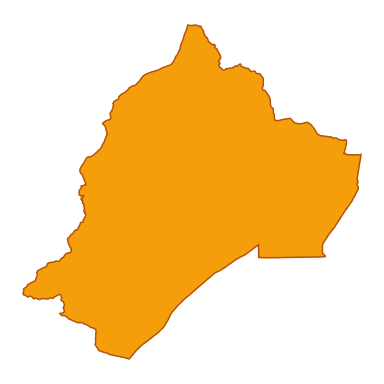 the district of Kilolo, Iringa, United Republic of Tanzania
{"feature_id": "72390352B38467377597679", "entity_name": "Kilolo", "entity_type": "district", "adm_level": 2, "iso_a3": "TZA", "parent_name": "United Republic of Tanzania", "parent_adm1": "Iringa", "projection": "mercator", "projection_center": [36.065, -7.785], "detail": "fine", "context": "isolated", "style": "filled", "palette": "amber", "viewbox_px": 384, "rotation_deg": 0, "n_neighbors": 0, "source": "geoboundaries", "source_scale": "gbopen_adm2", "svg_char_len": 5768}
<svg xmlns="http://www.w3.org/2000/svg" viewBox="0 0 384 384"><path d="M187.9,25.0L186.3,30.4L184.8,33.6L182.5,40.9L180.7,44.9L179.9,49.4L179.1,50.5L177.5,54.5L175.7,56.5L175.2,58.0L173.7,61.2L171.5,64.1L170.1,65.0L162.5,67.7L158.1,70.1L152.1,71.8L148.0,73.3L145.2,74.6L143.6,75.6L142.6,76.6L139.3,81.2L135.5,85.1L134.3,85.6L133.0,85.6L128.9,88.1L127.7,90.1L125.8,91.4L124.5,92.8L121.8,94.0L118.9,96.5L118.8,97.0L119.0,97.6L118.8,98.2L118.0,99.4L114.9,100.8L114.1,101.4L113.7,102.6L112.9,103.4L113.5,104.7L113.2,105.5L112.9,108.1L112.1,109.6L111.7,111.0L111.4,111.5L110.4,112.4L110.1,113.3L110.2,114.9L110.7,116.5L110.8,118.1L110.7,118.5L110.1,119.1L109.1,119.7L106.3,120.6L104.5,121.6L102.7,123.3L102.6,123.7L102.9,124.1L104.1,125.2L105.2,126.4L106.4,131.2L107.3,134.0L107.2,134.4L106.9,134.4L106.7,135.5L105.6,137.8L104.7,140.6L103.8,142.6L103.1,143.5L102.6,144.3L101.2,147.7L100.1,149.0L93.8,154.9L92.1,156.0L89.7,157.0L88.4,156.9L86.6,157.9L83.7,163.1L81.7,166.0L80.0,169.1L79.9,171.0L80.4,172.9L81.1,173.7L82.3,174.5L82.7,175.2L82.9,176.4L83.5,177.9L84.6,180.4L85.2,182.3L85.2,182.8L86.1,184.0L85.4,184.8L84.1,185.1L82.5,185.9L81.4,185.8L81.1,186.1L81.3,187.1L81.1,188.2L79.4,190.1L79.0,192.7L79.2,195.0L80.1,195.0L81.0,196.1L83.3,195.5L83.8,195.6L83.8,196.0L82.0,197.8L81.1,198.3L80.9,198.8L81.1,199.2L82.0,199.4L82.2,199.7L81.9,200.2L81.9,200.6L82.2,200.7L82.7,200.5L82.5,202.9L82.6,203.4L83.6,204.0L84.1,204.8L83.8,205.7L84.2,208.0L84.6,208.5L84.6,209.0L83.8,210.2L83.7,210.9L84.9,211.6L84.6,212.4L85.1,212.5L84.8,213.5L85.8,214.3L85.8,215.0L85.6,216.5L84.4,217.7L83.5,220.1L82.6,221.8L82.8,222.1L82.6,222.3L80.8,222.5L80.5,222.7L80.3,223.1L80.3,224.0L79.0,226.2L79.0,226.9L78.3,227.6L77.9,229.1L77.7,229.4L76.7,229.7L76.4,230.4L75.3,230.2L75.0,230.3L73.7,231.9L73.0,233.3L72.2,234.0L71.3,234.3L69.0,237.6L67.7,238.3L67.5,238.8L67.7,240.4L68.2,241.6L68.1,242.0L68.4,242.6L68.5,243.1L68.3,243.5L68.7,243.8L69.4,245.7L71.2,248.7L71.2,249.2L70.9,249.4L71.5,250.4L71.4,250.9L71.5,251.1L71.2,252.1L69.8,252.6L66.5,253.4L65.4,254.3L64.6,255.5L64.3,255.8L63.9,256.8L62.9,257.6L62.2,257.7L61.7,258.5L60.7,258.9L60.0,260.6L59.2,261.4L56.6,261.0L55.8,261.1L52.9,262.3L51.4,262.3L50.8,262.4L50.4,262.7L49.2,262.7L47.6,263.5L47.3,263.9L47.0,264.2L47.1,264.7L46.4,266.6L42.8,268.0L40.0,269.6L38.3,270.3L37.2,271.5L36.7,272.7L37.4,274.4L37.2,275.3L35.7,279.4L35.3,281.0L34.6,281.3L33.4,281.4L32.2,282.4L30.7,282.7L29.8,283.9L27.7,284.7L27.4,285.0L26.8,286.6L26.3,286.9L26.1,287.3L23.9,288.5L23.6,289.8L23.8,291.1L23.0,292.8L23.1,293.5L23.7,295.0L24.3,295.0L25.3,295.4L26.6,296.3L28.3,297.0L29.8,296.2L30.8,296.3L32.8,297.6L33.1,298.4L33.6,298.8L34.6,298.6L35.5,298.0L36.0,298.1L38.9,299.5L40.2,299.4L41.7,298.6L42.7,298.5L44.5,298.9L45.4,298.7L47.7,299.1L50.6,297.8L52.0,298.3L53.1,298.3L55.0,296.7L58.5,294.8L59.2,294.6L60.2,294.8L60.8,295.3L61.7,297.8L61.3,298.5L60.9,299.8L61.5,300.7L63.3,301.7L64.5,304.8L64.1,306.0L63.3,307.5L63.3,308.1L64.0,309.4L63.9,309.9L64.6,311.6L62.7,313.1L60.0,313.3L60.0,314.0L60.6,314.7L62.3,315.6L64.8,315.8L65.7,316.1L66.5,316.7L67.2,317.5L67.9,318.0L68.3,318.6L77.3,322.6L82.5,322.7L83.2,323.1L83.8,323.8L86.7,324.8L88.0,325.4L90.2,327.1L92.5,327.9L92.9,327.8L93.6,328.1L94.1,328.6L95.5,329.4L95.9,329.9L96.0,332.1L95.8,334.2L95.8,336.1L95.6,337.9L95.6,342.0L95.1,344.9L95.3,345.4L96.2,346.1L96.9,347.1L98.4,350.0L99.1,350.6L100.0,351.0L100.9,351.1L101.5,351.5L103.5,352.2L106.2,352.8L107.1,353.3L109.7,354.4L114.2,355.5L119.9,356.6L121.7,357.1L123.4,357.3L129.2,359.0L135.7,351.2L140.0,346.8L142.9,344.3L147.6,340.9L154.1,335.7L156.7,333.9L162.6,328.3L164.6,325.7L167.9,320.2L170.5,314.7L171.7,312.6L178.9,304.5L184.9,298.7L188.8,295.5L205.9,280.6L215.0,272.9L219.1,271.0L224.0,268.1L234.7,260.4L238.6,258.0L245.3,254.6L258.5,244.8L258.7,257.5L264.0,257.7L277.3,257.7L284.1,257.5L319.1,257.0L325.1,256.7L325.3,255.9L324.7,255.5L324.0,254.4L323.5,254.3L323.1,253.9L322.9,253.3L322.5,252.9L322.5,244.6L324.2,241.5L326.1,238.8L328.3,235.2L333.3,228.7L334.4,227.4L344.1,212.3L352.2,200.8L352.9,198.9L355.1,195.4L357.0,191.2L358.1,189.5L358.3,188.6L358.3,187.6L357.8,186.0L357.1,184.6L357.3,183.4L357.6,182.9L358.1,182.6L357.1,178.7L360.7,156.8L361.0,154.5L360.0,154.9L359.0,154.9L357.1,154.7L351.5,154.9L350.0,154.7L346.5,154.6L345.8,154.4L345.6,154.2L345.3,153.8L345.4,153.4L343.8,153.2L345.1,149.6L346.4,143.9L346.4,140.3L345.0,139.6L343.3,140.4L339.5,139.9L336.6,138.1L334.0,138.1L330.6,136.9L320.1,135.6L317.2,133.8L314.4,128.9L312.0,125.9L309.5,123.4L306.8,122.2L304.3,123.1L299.5,123.9L294.5,122.9L290.3,118.3L281.7,119.7L279.1,120.5L275.8,120.6L274.5,119.5L274.5,116.0L274.3,114.6L273.4,113.2L273.2,108.7L271.3,106.9L270.9,106.2L270.5,104.8L270.3,99.9L269.7,98.0L268.9,96.1L265.4,90.9L264.9,90.4L264.5,90.2L262.6,90.3L262.9,90.2L262.3,87.8L263.0,86.6L262.8,86.0L263.3,85.4L263.2,81.9L263.3,81.7L263.4,80.3L263.2,78.6L262.7,77.3L261.5,76.2L259.9,73.8L257.0,73.5L256.1,73.2L255.6,72.3L255.5,71.9L255.0,71.2L253.0,71.2L251.9,71.4L250.8,71.3L250.1,70.8L249.6,69.8L248.9,69.0L247.7,68.3L246.3,68.2L244.3,67.7L242.7,66.9L241.1,66.3L240.7,64.2L240.1,64.0L239.2,64.5L237.2,66.2L236.6,66.0L235.3,66.0L233.5,67.3L231.7,68.2L229.2,68.2L228.6,68.4L228.0,68.8L226.7,68.5L225.9,68.7L225.4,69.4L224.6,70.1L223.6,70.2L222.7,69.9L221.7,68.4L220.7,68.0L219.4,66.8L218.8,64.7L219.2,64.2L219.8,64.0L220.0,63.1L219.9,62.7L218.4,61.5L218.4,60.8L220.0,59.6L220.6,58.5L220.6,56.2L219.9,54.8L218.1,51.4L217.4,50.7L217.1,49.2L215.0,47.5L214.8,47.0L215.1,45.7L215.0,45.0L214.1,44.5L212.2,44.5L211.5,44.3L210.9,43.7L210.4,42.8L208.8,41.8L207.9,39.9L207.5,38.4L206.9,37.5L205.4,36.4L204.7,35.0L203.8,32.9L203.5,30.8L202.8,30.1L201.1,27.1L200.9,26.3L199.5,26.3L196.1,25.0L191.6,25.5L189.6,25.4L187.9,25.0Z" fill="#f59e0b" stroke="#b45309" stroke-width="1.5"/></svg>